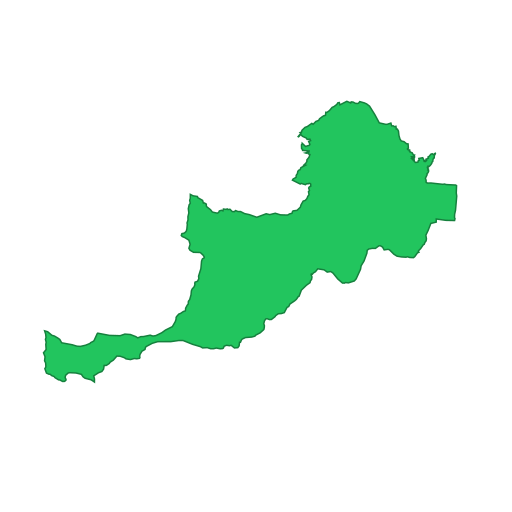 Sadu, Sibiu, Romania (Robinson projection), rotated 18°
{"feature_id": "2599482B14009077199366", "entity_name": "Sadu", "entity_type": "district", "adm_level": 2, "iso_a3": "ROU", "parent_name": "Romania", "parent_adm1": "Sibiu", "projection": "robinson", "projection_center": [24.148, 45.645], "detail": "fine", "context": "isolated", "style": "filled", "palette": "green", "viewbox_px": 512, "rotation_deg": 18, "n_neighbors": 0, "source": "geoboundaries", "source_scale": "gbopen_adm2", "svg_char_len": 6113}
<svg xmlns="http://www.w3.org/2000/svg" viewBox="0 0 512 512"><g transform="rotate(18 256 256)"><path d="M416.9,168.1L416.0,165.1L425.6,163.4L433.9,160.9L433.7,158.9L432.9,158.1L432.0,154.9L431.6,150.8L428.4,137.0L427.0,134.2L425.0,127.1L424.0,126.8L414.7,129.3L413.1,129.3L411.5,130.1L399.9,132.5L396.5,133.7L395.0,133.3L394.3,131.3L393.1,129.8L393.6,125.9L393.2,124.7L393.8,123.8L394.0,122.2L393.6,121.0L392.8,121.1L392.9,119.9L392.3,119.8L391.6,118.7L392.4,118.2L391.9,117.5L393.0,117.2L393.7,116.1L394.5,113.7L394.4,112.3L394.9,111.5L394.5,109.5L394.7,108.0L395.2,107.7L394.6,105.4L395.0,103.2L394.7,102.9L393.4,104.7L392.0,104.3L390.8,105.2L390.0,107.5L389.0,108.7L389.7,109.8L387.7,111.5L388.7,112.3L388.0,113.8L386.1,114.2L387.3,113.2L386.0,113.0L384.2,111.0L380.7,112.9L381.7,114.5L380.9,115.2L381.0,116.7L378.7,117.8L373.7,115.1L374.7,114.4L373.4,113.5L375.1,113.0L375.5,113.2L375.1,113.5L375.5,114.8L375.3,115.1L375.9,115.7L376.7,115.7L375.9,114.2L376.3,113.7L376.2,112.6L375.5,112.0L375.6,111.0L374.4,111.2L372.7,109.6L370.2,109.4L370.1,108.8L369.5,108.8L369.3,107.7L368.0,108.0L367.0,107.6L366.9,107.2L367.6,106.4L366.0,102.4L364.4,102.7L361.4,101.5L358.6,101.7L356.8,100.3L354.7,97.2L352.9,93.2L351.2,91.6L350.2,92.0L349.0,89.4L347.5,90.3L346.5,89.8L344.8,90.3L343.2,87.9L340.1,90.2L338.7,90.7L332.1,91.3L325.3,84.8L317.7,78.4L314.3,77.2L311.8,76.9L307.0,77.1L306.3,79.0L305.4,79.6L303.3,80.1L300.8,79.6L298.9,80.0L298.8,81.2L294.6,80.8L289.1,86.3L287.8,84.3L286.5,85.0L286.0,86.9L283.9,89.9L282.5,91.1L280.9,95.0L279.1,97.5L278.0,97.7L278.6,100.8L277.1,101.7L276.0,103.0L274.0,105.9L273.9,107.0L273.2,108.1L271.4,109.5L269.6,113.1L268.1,112.6L264.8,117.0L262.9,118.5L260.9,122.2L261.0,124.1L259.9,124.9L260.8,125.2L259.2,129.4L259.7,129.5L261.0,126.6L263.2,127.8L267.4,128.3L268.6,129.3L271.2,128.2L272.3,129.4L270.6,130.7L272.8,133.2L272.6,134.1L269.3,136.5L265.1,134.5L265.3,135.4L264.9,135.9L265.2,137.2L266.2,139.8L267.5,140.5L267.7,141.2L274.8,139.5L272.1,140.5L273.7,141.1L271.2,142.7L272.1,142.7L273.6,141.9L274.3,142.7L275.9,142.8L275.9,145.7L274.7,148.9L275.2,150.3L274.7,152.4L273.5,154.6L275.0,154.4L271.4,158.1L271.3,160.3L270.3,161.0L269.6,162.5L269.9,164.9L269.3,166.8L269.8,168.8L267.5,171.3L267.2,172.6L275.8,173.9L276.6,173.0L281.0,172.9L281.7,171.7L283.5,171.1L284.1,170.4L285.5,170.4L286.2,171.5L286.0,171.8L286.5,172.8L285.3,173.9L285.1,175.1L286.6,177.2L286.0,178.6L287.5,181.3L286.8,183.3L286.7,185.6L285.7,187.9L283.9,189.2L283.0,193.4L283.1,195.9L280.9,199.9L277.4,201.6L277.0,202.3L277.0,204.3L274.9,205.6L273.4,207.3L266.6,209.3L261.1,209.4L256.3,212.4L252.6,212.7L244.8,218.9L236.8,218.7L232.1,219.2L227.5,218.5L225.1,219.3L222.5,219.1L221.7,220.5L219.7,221.1L216.8,219.6L214.9,220.5L214.0,220.1L213.2,220.9L210.5,221.4L210.6,223.3L209.0,223.2L207.2,224.5L207.1,225.8L206.1,227.2L200.9,227.7L198.4,226.0L194.0,224.4L193.3,223.8L192.7,222.0L190.5,221.5L189.6,221.9L188.0,219.6L182.6,218.5L181.9,217.5L177.5,218.2L174.5,217.7L175.7,221.5L175.7,223.5L177.2,226.2L176.6,227.9L177.0,231.9L178.8,235.8L179.1,239.6L180.2,242.8L180.2,245.9L180.9,247.2L181.9,251.7L182.0,254.0L181.6,254.9L180.7,256.4L178.6,257.6L178.6,259.6L179.9,260.3L182.6,260.5L187.3,261.7L189.7,265.2L189.8,269.4L191.4,270.9L195.4,271.8L201.5,270.0L202.4,270.1L205.5,271.6L207.0,272.8L207.3,273.7L205.9,275.4L205.8,277.7L207.5,285.1L207.6,293.0L208.6,295.1L208.2,298.1L206.1,299.7L206.2,300.9L206.7,301.9L206.7,304.3L205.5,307.1L205.3,309.1L206.2,313.0L206.4,318.0L205.7,320.0L206.4,322.7L205.8,324.0L205.2,327.4L205.7,329.3L205.6,330.2L204.1,331.2L202.0,333.9L200.5,335.1L199.3,337.9L199.0,339.0L199.5,340.8L199.5,343.3L198.3,349.0L192.8,354.4L190.1,358.1L185.3,362.7L182.7,364.0L179.8,364.0L173.9,367.4L171.5,368.2L168.8,370.4L166.5,369.8L160.7,369.5L155.4,370.8L151.4,373.8L141.1,376.8L129.3,378.3L129.0,378.8L128.1,386.5L127.7,387.3L125.5,389.5L125.1,390.5L121.5,393.5L117.0,396.2L113.6,397.1L108.6,397.2L98.0,398.6L95.2,396.0L93.0,395.3L89.0,394.4L86.4,394.5L81.3,392.4L78.1,392.5L80.1,395.3L81.5,398.5L81.5,400.3L83.1,402.9L83.4,405.0L85.3,409.8L83.8,413.7L86.5,417.0L87.3,421.0L88.9,422.6L90.1,425.5L90.4,426.6L90.0,428.4L92.9,432.1L95.5,432.4L96.8,432.1L98.6,432.9L101.2,433.0L102.4,433.8L106.5,434.8L107.7,434.5L110.8,435.1L112.7,434.4L113.6,432.9L113.4,432.0L112.0,430.6L111.8,428.3L113.6,425.2L115.1,424.5L120.9,422.9L126.5,422.5L128.8,424.3L131.2,425.1L137.5,424.7L141.3,425.8L140.4,422.9L138.7,420.1L142.3,415.7L145.1,413.5L146.0,410.7L145.4,407.0L147.5,406.3L149.7,403.5L150.0,402.2L152.5,399.1L154.6,394.2L157.7,393.3L162.3,393.4L164.1,394.0L168.6,393.3L171.9,391.1L174.4,390.6L176.8,389.3L177.0,388.6L176.3,387.1L176.1,385.4L177.0,381.7L179.3,379.2L179.1,377.6L179.4,376.2L184.3,371.1L188.9,367.9L201.6,363.7L208.7,360.2L212.7,358.9L223.0,359.6L231.2,359.4L233.6,359.9L238.0,358.2L241.5,358.2L244.3,357.3L246.7,355.8L250.7,355.3L252.8,354.4L253.4,353.7L253.6,351.6L255.6,350.0L258.6,349.5L259.9,348.6L263.9,350.1L267.0,348.8L267.7,346.7L267.0,343.1L267.9,342.8L268.1,340.3L268.6,339.2L271.2,336.8L277.0,334.4L279.7,332.6L280.4,331.1L283.7,327.8L286.0,323.8L286.2,323.2L285.9,321.1L285.5,319.6L284.3,318.0L284.1,315.0L284.7,312.9L285.9,312.2L288.5,312.3L290.3,311.6L292.8,307.9L293.2,306.5L295.1,304.0L297.9,302.9L300.4,301.1L301.4,295.2L302.7,294.0L303.1,291.2L306.6,286.7L307.8,284.7L308.7,281.6L309.4,281.0L309.7,274.4L313.0,268.2L315.6,264.7L315.5,262.7L316.1,261.2L315.7,258.6L314.2,256.8L314.2,256.0L315.2,256.0L315.8,254.4L317.4,252.6L318.7,249.1L325.1,248.1L328.7,249.3L331.6,247.8L332.5,247.8L334.6,248.5L340.9,252.6L346.6,255.0L348.6,254.4L349.3,253.6L352.2,253.0L357.2,249.4L358.3,246.9L359.5,236.4L359.0,232.8L360.3,227.3L360.6,219.1L360.0,216.2L361.1,214.5L364.2,212.8L367.2,211.9L369.7,208.4L371.0,207.8L373.6,208.4L376.0,210.6L379.4,208.9L380.9,208.8L386.6,211.7L390.2,212.6L394.8,211.9L399.0,210.8L400.3,209.9L402.7,209.9L406.3,208.9L407.2,207.5L408.6,203.1L409.8,202.1L408.9,201.4L409.0,200.7L410.3,198.1L411.6,193.7L412.4,192.8L412.4,191.0L413.1,189.1L412.8,187.0L411.1,183.7L411.8,178.4L412.2,171.0L416.9,168.1Z" fill="#22c55e" stroke="#15803d" stroke-width="1.5"/></g></svg>